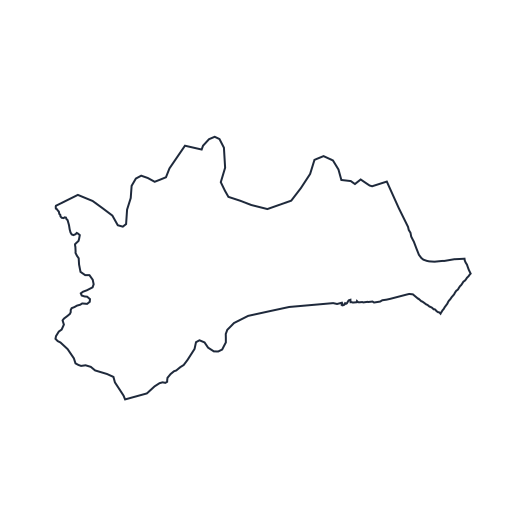 Youwarou, Mopti, Mali, rotated 172°
{"feature_id": "8926073B44950387084983", "entity_name": "Youwarou", "entity_type": "district", "adm_level": 2, "iso_a3": "MLI", "parent_name": "Mali", "parent_adm1": "Mopti", "projection": "mercator", "projection_center": [-4.577, 15.386], "detail": "fine", "context": "isolated", "style": "outline", "palette": "slate", "viewbox_px": 512, "rotation_deg": 172, "n_neighbors": 0, "source": "geoboundaries", "source_scale": "gbopen_adm2", "svg_char_len": 3654}
<svg xmlns="http://www.w3.org/2000/svg" viewBox="0 0 512 512"><g transform="rotate(172 256 256)"><path d="M456.3,219.4L456.5,219.1L455.8,214.8L458.7,210.2L461.8,208.6L465.2,204.5L466.1,201.9L464.2,199.3L461.7,197.6L460.3,195.9L455.5,190.0L450.6,180.0L449.7,174.8L447.0,172.8L444.5,171.5L440.0,171.5L435.0,169.2L431.3,165.1L420.0,159.9L414.0,156.1L413.3,150.5L406.6,136.2L405.6,132.2L383.2,135.1L374.6,141.0L369.2,143.5L366.1,143.9L363.4,143.0L361.5,143.8L361.2,145.5L360.6,147.7L357.0,151.0L355.0,152.2L353.2,153.3L351.0,153.7L346.4,156.5L342.8,158.1L338.3,162.6L329.8,172.5L327.4,179.0L323.7,180.4L319.0,177.6L316.2,171.9L311.0,167.4L306.7,166.7L302.5,168.1L300.2,171.4L297.9,174.6L297.3,178.8L296.8,183.0L294.7,186.9L292.3,188.7L287.1,192.7L272.1,197.8L248.3,199.6L238.5,200.3L237.3,200.4L230.2,200.9L186.1,198.6L182.4,197.2L177.4,197.8L177.2,197.0L178.0,195.7L177.4,195.1L175.9,195.2L174.9,195.8L174.8,196.3L174.3,196.9L173.4,196.2L172.8,196.4L172.6,196.5L172.2,197.0L170.9,198.6L170.6,198.9L170.3,199.2L168.6,199.5L168.8,197.4L168.8,197.1L168.1,197.1L166.5,196.4L162.8,196.2L162.3,197.3L161.6,196.3L160.6,195.8L157.2,195.6L156.2,195.1L151.9,195.1L151.4,194.8L150.9,194.8L147.5,194.7L147.0,194.7L145.6,193.5L139.4,193.6L137.1,194.6L132.8,194.6L129.0,194.9L112.6,196.8L109.6,197.1L106.0,196.2L102.3,192.1L101.2,190.9L100.9,191.0L99.1,188.8L98.5,188.1L97.7,187.8L96.3,186.5L94.1,184.3L93.0,183.7L91.2,181.7L90.4,181.4L88.8,180.2L88.1,179.3L87.5,178.5L86.5,178.4L85.8,177.7L84.9,176.3L83.5,175.0L83.0,174.9L82.2,174.5L81.7,173.8L81.3,173.2L80.6,174.2L80.1,174.7L78.8,176.3L77.5,177.4L76.3,179.0L74.4,180.9L73.7,181.6L73.5,181.8L73.4,181.9L73.0,182.3L72.5,183.3L71.1,185.0L70.5,185.4L69.6,186.2L68.5,187.4L68.1,187.9L66.7,189.1L65.2,190.4L64.0,192.1L62.4,193.8L61.3,194.3L60.5,194.9L59.7,196.0L58.2,197.7L56.9,198.6L55.8,199.8L54.2,201.7L52.5,202.6L51.5,203.5L50.1,205.1L48.2,206.5L47.4,207.4L47.2,207.6L45.9,208.7L47.2,212.7L47.9,216.0L48.3,218.1L49.3,220.3L49.9,222.5L49.9,224.3L52.5,224.5L57.0,224.9L60.1,225.2L70.0,224.9L72.4,225.2L80.0,225.5L85.3,226.6L87.5,227.4L90.8,229.1L91.8,230.2L92.5,230.9L94.5,234.5L96.1,241.1L97.7,248.2L98.5,250.4L99.6,253.6L99.8,257.5L101.1,260.5L101.4,263.7L108.0,283.7L116.1,311.5L131.3,308.9L133.7,310.0L136.4,312.4L141.7,317.2L148.0,313.5L149.4,314.8L151.7,317.0L160.9,319.4L162.3,330.2L166.5,339.9L175.2,345.5L184.7,343.1L191.0,329.7L202.1,317.0L213.4,305.9L238.2,300.9L253.7,307.2L263.9,312.9L275.1,318.4L277.7,325.0L280.6,334.0L274.3,347.7L272.7,367.7L275.9,376.9L280.3,379.8L286.3,378.2L293.1,372.6L295.0,369.0L311.0,375.1L329.5,354.8L334.2,346.5L340.1,345.0L346.0,343.6L352.3,348.3L358.5,351.5L364.2,349.4L369.4,342.8L372.0,330.8L377.2,319.9L380.2,305.7L383.8,303.6L388.6,305.7L392.6,316.0L401.3,324.7L410.1,333.2L423.9,341.3L447.1,333.6L447.4,332.9L447.5,332.6L447.6,330.8L446.4,329.8L446.1,328.8L445.8,328.4L445.1,327.5L444.9,325.0L444.1,324.0L444.1,322.4L443.1,320.9L441.2,320.3L440.2,320.9L438.9,320.5L438.6,319.4L438.5,318.8L438.1,318.4L437.6,317.8L436.9,312.7L436.8,308.2L436.4,305.1L435.5,303.0L433.9,302.1L431.6,302.7L430.8,303.4L430.3,303.8L429.9,303.5L429.0,302.8L427.6,301.2L428.7,297.9L429.4,296.2L429.7,295.6L432.3,293.8L433.6,292.8L433.7,291.2L433.6,290.5L433.6,290.1L434.0,285.7L434.3,284.2L433.3,281.2L431.9,278.4L432.4,272.2L432.0,264.7L427.8,260.8L423.6,260.2L421.0,255.2L420.7,250.6L422.2,247.7L428.2,245.6L432.3,244.7L434.7,243.4L434.1,241.1L431.4,239.8L428.9,239.2L426.4,236.4L427.0,233.8L429.9,232.1L434.7,233.2L436.9,232.2L440.1,231.8L442.9,230.7L445.8,230.0L447.0,228.3L447.3,226.2L448.3,224.6L451.0,222.9L454.8,220.8L456.3,219.4Z" fill="none" stroke="#1e293b" stroke-width="2"/></g></svg>